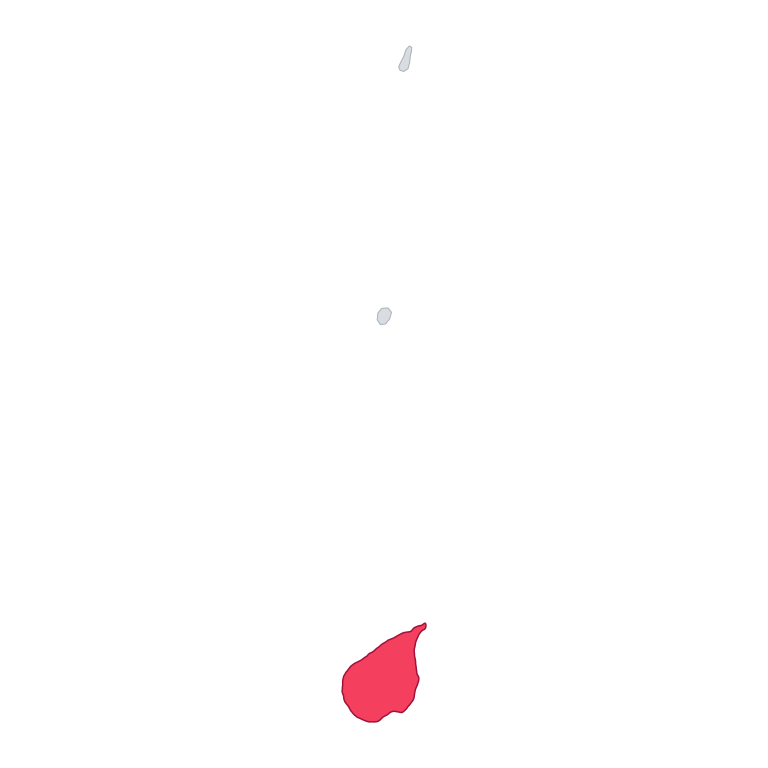 Hadhdhunmathee, Maldives (highlighted)
{"feature_id": "70690204B84265710008928", "entity_name": "Hadhdhunmathee", "entity_type": "district", "adm_level": 2, "iso_a3": "MDV", "parent_name": "Maldives", "parent_adm1": "", "projection": "natural_earth1", "projection_center": [73.435, 1.956], "detail": "fine", "context": "in_parent", "style": "filled", "palette": "rose", "viewbox_px": 768, "rotation_deg": 0, "n_neighbors": 0, "source": "geoboundaries", "source_scale": "gbopen_adm2", "svg_char_len": 3674}
<svg xmlns="http://www.w3.org/2000/svg" viewBox="0 0 768 768"><path d="M407.9,68.8L403.8,71.4L400.0,70.3L398.7,67.1L400.6,62.4L403.8,56.3L406.0,49.6L409.3,46.1L411.7,47.3L411.5,51.0L410.3,56.1L409.6,62.7L407.9,68.8ZM385.4,324.0L380.3,324.5L377.2,319.8L377.9,313.0L381.8,308.3L388.0,308.0L391.5,312.2L389.7,318.8L385.4,324.0Z" fill="#d9dde1" stroke="#a8b0b8" stroke-width="1"/><path d="M370.0,721.9L371.6,721.8L372.9,721.9L374.2,721.9L375.3,721.8L376.6,721.7L377.8,721.4L378.9,720.8L379.8,720.2L380.8,719.2L381.7,718.4L382.7,717.3L383.7,716.6L385.1,715.9L386.0,715.4L387.2,714.8L388.3,714.0L389.5,712.9L390.5,712.3L391.7,711.7L393.3,711.3L394.9,711.3L396.2,711.6L397.4,711.8L398.8,712.0L399.9,712.3L401.2,712.5L402.5,712.3L404.3,710.9L406.4,708.9L407.1,707.9L407.7,706.9L408.3,706.2L409.1,705.4L409.7,704.7L410.7,703.4L411.5,702.3L412.4,701.1L413.2,699.9L413.9,698.1L414.1,697.2L414.3,696.1L414.4,694.6L414.7,693.7L414.7,692.7L414.9,691.9L415.1,690.7L415.5,689.3L415.9,688.2L416.4,687.1L416.9,686.0L417.2,685.3L417.5,684.5L417.8,683.3L418.1,682.5L418.5,681.4L418.7,680.2L418.8,679.4L418.8,678.8L418.8,677.9L418.6,676.9L418.0,675.7L417.6,675.2L417.2,674.2L416.8,673.1L416.7,671.8L416.6,670.6L416.4,669.8L416.3,668.9L416.2,667.4L416.0,666.5L415.9,665.4L415.7,664.4L415.6,663.2L415.6,661.9L415.5,660.6L415.4,660.1L415.1,658.6L414.7,656.7L414.5,655.6L414.5,654.6L414.4,653.0L414.2,651.5L414.2,650.4L414.3,649.7L414.4,648.3L414.7,647.6L414.9,646.4L415.2,645.2L415.4,643.5L415.6,642.4L415.9,641.6L416.3,640.5L416.7,639.4L417.2,638.3L417.6,637.4L418.0,636.7L418.4,635.5L418.8,634.8L419.4,633.8L419.9,633.1L420.3,632.6L420.7,632.1L421.2,631.6L421.6,631.1L422.1,630.7L422.7,630.2L423.2,629.9L423.8,629.7L424.3,629.4L424.7,629.1L425.1,628.7L425.4,628.2L425.6,627.7L425.8,627.2L425.8,626.4L425.9,625.8L425.9,625.2L425.9,624.6L425.8,624.3L425.7,623.9L425.6,623.7L425.4,623.4L425.2,623.3L424.9,623.2L424.6,623.3L424.4,623.4L424.1,623.6L423.6,623.9L423.2,624.2L422.7,624.7L421.8,625.1L421.2,625.4L420.3,625.7L419.3,625.7L418.2,626.0L417.3,626.4L416.0,626.9L415.3,627.2L414.4,627.7L413.8,628.1L413.4,628.4L413.0,629.1L412.5,629.7L412.0,630.2L411.5,630.7L410.9,631.3L410.1,631.6L409.5,631.7L408.8,631.9L406.8,632.1L405.9,632.3L404.8,632.4L403.7,632.7L402.7,633.0L401.7,633.5L400.3,634.2L399.0,634.9L397.9,635.5L396.7,636.2L395.3,637.0L394.0,637.8L392.6,638.4L391.4,638.9L390.4,639.3L389.2,639.7L387.9,640.3L386.9,641.1L385.5,642.1L384.1,642.9L382.9,643.5L381.8,644.4L380.4,645.4L379.3,646.6L378.4,647.2L377.2,648.0L376.1,648.9L375.2,649.7L374.4,650.6L373.5,651.2L372.5,651.9L372.0,652.4L371.3,652.6L370.7,652.9L369.9,653.2L368.6,654.1L367.9,654.9L367.2,655.8L366.6,656.3L366.0,656.7L365.1,657.2L363.6,658.3L362.3,659.3L361.1,660.2L360.4,660.5L359.5,661.0L358.6,661.4L357.3,662.1L356.1,662.6L354.9,663.3L353.9,663.8L352.7,664.8L351.7,665.5L350.6,666.4L349.9,667.3L348.9,668.6L348.1,669.7L347.3,670.8L346.8,671.3L345.9,672.4L345.4,673.3L344.7,674.5L344.0,675.7L343.7,676.4L343.4,677.5L343.1,678.9L342.8,680.1L342.7,681.0L342.6,681.9L342.7,683.0L342.7,683.8L342.7,684.9L342.5,686.1L342.4,687.1L342.4,688.2L342.3,689.5L342.1,690.6L342.1,691.4L342.7,693.8L342.9,694.4L343.5,695.6L343.7,697.2L343.8,698.1L343.9,699.0L344.2,699.9L344.5,700.8L344.9,701.8L345.3,702.3L345.8,703.0L346.4,703.9L346.9,704.5L347.7,705.4L348.4,706.4L348.9,707.2L349.3,708.0L349.5,708.4L350.0,709.3L350.4,710.1L351.0,711.0L351.7,711.8L352.3,712.5L352.8,713.1L353.2,713.7L353.9,714.5L354.7,715.2L355.5,715.8L356.5,716.6L357.2,717.2L358.3,717.7L359.7,718.2L361.0,718.9L362.0,719.4L363.2,719.9L364.4,720.4L365.4,720.8L366.4,721.2L367.8,721.6L368.9,721.8L370.0,721.9Z" fill="#f43f5e" stroke="#9f1239" stroke-width="1.5"/></svg>